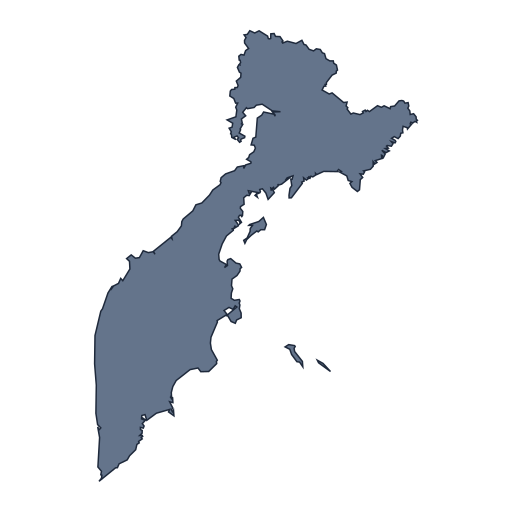 Kamchatka, orthographic projection
{"feature_id": "RUS-3468", "entity_name": "Kamchatka", "entity_type": "Region", "adm_level": 1, "iso_a3": "RUS", "parent_name": "Russia", "parent_adm1": "", "projection": "orthographic", "projection_center": [164.844, 57.899], "detail": "fine", "context": "isolated", "style": "filled", "palette": "slate", "viewbox_px": 512, "rotation_deg": 0, "n_neighbors": 0, "source": "natural_earth", "source_scale": "10m", "svg_char_len": 6054}
<svg xmlns="http://www.w3.org/2000/svg" viewBox="0 0 512 512"><path d="M416.7,122.3L415.0,121.4L412.2,123.4L412.7,122.8L410.8,122.2L410.2,123.8L411.6,124.2L407.5,129.0L407.3,127.7L403.1,126.3L402.5,129.9L402.9,132.8L400.7,133.3L400.3,136.1L398.1,138.6L394.2,136.6L391.6,138.3L395.3,140.5L395.8,141.6L395.0,142.9L391.2,141.5L393.0,143.7L391.4,146.2L387.2,145.5L386.5,146.1L388.3,148.2L385.3,148.5L389.3,150.9L386.1,152.6L381.8,150.3L385.2,154.0L383.2,158.0L382.6,158.3L382.3,155.6L381.5,155.2L381.7,158.6L375.3,160.6L377.0,162.5L373.7,164.6L374.4,163.2L373.1,161.6L373.2,166.2L370.4,169.3L363.6,170.9L364.6,171.8L363.3,174.2L360.0,173.8L362.7,177.5L360.3,179.6L359.5,189.8L357.4,191.5L352.0,187.3L349.9,183.4L351.9,181.6L348.2,180.5L346.8,175.9L339.6,172.0L341.3,171.4L338.6,169.5L337.4,171.0L338.0,171.6L323.7,171.4L316.7,174.6L315.5,173.3L315.6,175.1L312.8,176.9L310.9,176.2L310.2,177.8L308.6,176.2L309.3,178.3L307.8,178.0L308.2,178.8L306.4,180.1L303.6,177.8L304.1,181.1L301.7,182.1L302.3,183.4L291.4,197.8L289.1,197.9L289.0,195.2L290.0,188.3L291.8,185.7L290.8,179.2L292.1,179.3L293.0,175.8L287.2,177.8L285.8,179.7L286.7,179.9L287.6,178.4L288.3,177.9L290.4,177.2L281.7,184.1L278.3,185.2L278.0,183.9L278.1,185.9L274.5,189.2L273.4,188.2L273.9,186.8L272.1,188.7L270.8,188.0L271.2,190.1L272.9,189.7L274.3,192.7L268.1,199.4L265.9,193.1L262.4,188.8L259.7,189.5L260.4,191.6L259.9,192.7L256.3,194.3L257.4,197.2L255.0,195.4L257.7,192.5L248.3,190.7L249.1,193.1L251.0,192.6L249.2,195.6L246.7,195.3L243.7,197.8L244.1,204.3L240.5,206.6L240.3,208.3L242.8,211.5L242.5,215.6L241.3,217.2L242.1,215.2L239.5,215.4L238.4,217.2L241.5,222.3L239.8,223.8L239.9,221.8L238.4,220.2L235.2,220.4L238.3,224.7L238.2,225.9L234.9,227.9L235.1,225.5L233.8,228.5L231.4,228.8L233.3,228.9L233.3,230.3L226.5,235.9L222.2,243.9L218.7,254.2L219.1,259.5L220.0,261.0L226.4,264.5L224.5,267.6L227.5,265.5L227.1,261.1L227.9,259.6L230.7,258.6L236.0,263.1L239.8,263.9L241.6,267.4L240.1,268.7L240.0,271.1L237.0,275.5L232.0,279.1L231.5,285.7L232.8,288.8L231.4,293.0L231.1,298.3L234.4,300.3L239.3,299.5L240.0,301.0L239.2,303.1L239.9,305.0L239.3,308.7L241.1,313.0L241.2,317.7L236.6,320.0L235.3,323.3L231.1,321.5L227.9,316.0L226.5,315.7L236.9,307.0L235.2,305.8L233.1,309.4L229.0,307.4L224.0,310.5L227.1,314.4L217.1,320.6L217.4,322.1L211.0,337.2L210.4,343.1L211.4,349.6L217.3,360.2L216.4,361.4L216.7,363.6L208.7,371.5L200.8,371.7L198.0,368.0L190.1,369.6L176.2,380.5L172.8,386.6L171.3,392.6L171.5,396.0L170.5,397.1L172.2,399.5L171.5,396.9L172.6,397.7L172.9,402.6L169.6,401.7L172.8,408.0L171.4,410.0L172.4,411.8L173.5,410.2L173.9,415.8L168.5,411.9L169.7,409.4L156.4,413.2L146.8,420.3L145.0,414.6L141.8,415.5L141.5,418.9L143.3,419.6L143.0,418.2L145.6,420.0L142.3,423.6L144.1,426.0L143.3,428.1L140.4,427.4L140.4,429.5L142.2,430.5L142.1,433.2L139.7,435.5L142.2,435.4L142.7,436.4L141.2,437.4L142.2,438.9L138.6,441.4L139.2,442.9L136.9,444.4L135.7,449.7L129.6,455.7L127.2,459.9L119.1,463.8L117.4,467.7L115.6,467.8L99.0,481.3L101.5,478.2L101.9,475.2L100.8,474.8L101.5,471.3L97.9,467.0L99.6,437.5L97.7,426.9L99.1,429.8L100.8,427.9L97.6,424.6L95.9,413.3L96.3,385.2L94.6,363.8L95.0,335.5L100.8,311.2L102.5,308.8L108.0,292.9L112.0,286.5L113.0,286.1L111.0,288.5L110.5,290.1L113.6,285.9L118.5,283.4L120.7,278.4L122.8,280.7L129.9,269.0L129.5,261.3L126.6,258.6L131.2,254.9L135.4,258.2L139.4,257.6L143.2,250.7L148.3,252.6L153.3,251.7L155.0,254.3L153.4,251.3L170.7,237.4L172.0,238.8L171.5,236.3L177.2,231.7L181.4,225.9L181.8,221.6L183.2,219.0L192.8,210.9L195.9,204.8L201.8,203.0L209.5,195.1L212.8,190.0L220.1,184.7L221.0,182.6L220.2,181.4L221.1,177.7L225.6,173.9L234.6,170.7L237.3,167.0L243.9,165.7L243.7,168.5L245.7,164.9L250.8,163.3L251.1,162.1L250.5,161.5L246.6,159.3L248.7,157.5L249.6,154.7L253.8,151.8L255.4,148.1L254.2,145.2L251.1,144.9L253.0,138.3L255.8,137.1L257.3,118.1L261.7,115.2L263.6,112.0L274.0,114.2L275.1,116.2L275.0,114.8L272.5,112.0L280.5,111.7L272.3,110.9L262.2,104.2L256.3,105.2L254.1,107.5L247.5,108.7L246.4,107.7L242.7,112.3L245.7,115.8L241.4,119.0L242.2,122.8L241.5,123.8L242.8,124.3L240.1,129.0L240.6,129.8L239.2,133.0L244.9,136.2L244.6,137.7L241.2,139.0L240.6,140.0L241.1,141.3L239.6,142.3L237.2,139.4L238.6,137.9L237.0,135.9L233.6,137.4L235.9,139.6L231.8,137.4L231.4,134.3L230.6,133.8L231.3,131.8L229.1,128.2L232.1,127.1L232.7,123.2L227.1,119.9L235.9,116.8L236.8,110.0L235.7,107.2L237.7,103.1L235.6,103.1L233.8,98.5L229.8,96.0L230.3,91.1L231.6,89.5L234.8,89.2L234.9,87.6L237.3,87.5L238.1,85.5L236.3,81.1L240.7,77.3L241.0,73.2L239.4,72.1L237.4,67.4L238.9,64.7L240.0,64.9L239.7,63.9L240.6,62.7L240.2,60.3L239.2,60.1L238.8,56.2L241.0,54.4L244.0,55.1L245.6,50.6L248.6,48.5L244.6,43.0L244.5,40.4L246.0,37.6L244.1,34.9L247.3,34.4L249.8,30.7L254.7,33.0L259.1,30.8L267.6,36.1L268.3,38.6L269.5,38.9L270.7,38.5L270.8,33.8L274.1,33.5L275.5,36.4L280.0,36.6L283.0,41.0L282.0,41.9L282.7,43.1L287.3,41.2L296.0,43.5L301.9,40.3L304.0,44.5L306.0,45.0L309.1,49.3L313.6,50.9L316.3,48.8L320.3,49.5L322.3,52.8L324.5,53.6L326.0,58.7L329.8,60.9L333.3,60.9L333.7,63.2L336.4,65.0L337.5,70.1L336.3,71.1L336.2,73.1L332.1,75.1L326.4,82.5L326.4,84.4L325.1,84.5L325.7,86.1L323.9,86.3L322.1,90.0L329.2,94.0L332.1,92.9L343.6,102.5L347.1,102.1L346.1,106.0L347.8,107.7L347.1,109.1L350.9,114.1L353.3,113.0L360.0,114.6L363.3,112.9L362.5,111.5L365.2,110.1L366.0,111.5L367.4,110.3L369.4,111.6L377.5,105.7L381.4,107.3L384.1,105.8L390.1,108.7L390.6,106.6L394.6,106.0L399.0,100.9L401.8,100.5L403.6,101.0L405.0,103.2L408.1,102.6L408.8,106.0L407.8,108.2L409.8,110.9L410.2,114.5L413.6,113.7L416.1,116.8L416.2,119.1L417.4,120.3L416.4,121.1L416.7,122.3ZM266.4,224.5L264.6,229.7L260.8,229.7L258.2,231.9L256.8,231.0L251.2,235.3L246.7,239.6L244.9,243.3L243.7,240.3L247.1,238.0L250.1,231.4L250.2,228.6L252.5,225.4L248.8,225.4L249.7,224.5L258.8,221.5L263.4,217.4L266.4,224.5ZM302.4,361.4L302.8,366.8L299.6,362.1L296.9,361.7L291.6,354.5L289.8,349.3L285.1,346.9L288.7,344.6L294.6,345.6L295.2,346.5L294.1,348.3L294.6,351.5L302.4,361.4ZM323.0,363.4L330.5,371.5L318.6,362.8L317.3,360.2L323.0,363.4Z" fill="#64748b" stroke="#1e293b" stroke-width="1.5"/></svg>